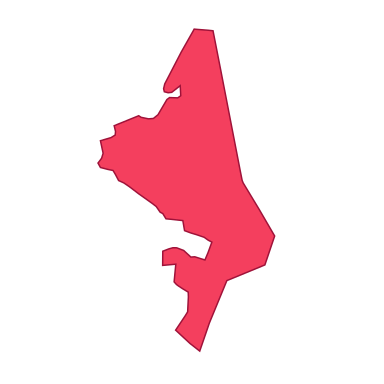 Boumdeid, Assaba, Mauritania, rotated 339°
{"feature_id": "47542326B4408163770822", "entity_name": "Boumdeid", "entity_type": "district", "adm_level": 2, "iso_a3": "MRT", "parent_name": "Mauritania", "parent_adm1": "Assaba", "projection": "robinson", "projection_center": [-11.369, 17.747], "detail": "fine", "context": "isolated", "style": "filled", "palette": "rose", "viewbox_px": 384, "rotation_deg": 339, "n_neighbors": 0, "source": "geoboundaries", "source_scale": "gbopen_adm2", "svg_char_len": 1161}
<svg xmlns="http://www.w3.org/2000/svg" viewBox="0 0 384 384"><g transform="rotate(339 192 192)"><path d="M265.3,46.9L254.4,41.7L252.4,40.7L250.8,42.1L232.1,57.5L205.3,81.3L202.5,85.4L202.1,88.5L205.3,90.8L208.8,91.7L219.1,88.5L216.0,98.1L212.4,99.0L204.9,95.8L201.7,96.7L187.9,107.7L182.3,109.5L177.6,108.1L171.2,104.0L169.6,101.7L143.1,102.2L142.3,108.1L140.7,111.3L135.9,112.2L124.9,111.3L122.9,124.0L119.7,128.1L114.6,131.3L115.3,136.3L121.6,140.8L126.0,143.6L126.8,148.2L127.6,155.0L131.6,159.1L135.3,164.4L141.6,174.6L150.5,188.0L153.4,192.7L155.0,199.4L157.0,201.7L158.1,207.7L162.5,209.9L173.2,215.4L171.2,225.4L176.2,229.8L181.1,233.6L187.1,238.6L189.8,242.7L192.6,245.9L185.1,254.5L179.7,260.1L171.4,253.5L167.6,252.3L163.3,243.6L157.7,238.6L154.2,237.2L150.2,236.8L143.5,236.8L138.3,250.0L151.0,253.6L143.1,269.5L144.3,272.7L145.1,274.0L146.1,275.5L149.0,279.5L152.6,284.1L151.0,288.7L145.0,302.3L141.5,305.0L127.2,315.1L135.9,332.8L142.2,343.3L153.1,330.3L161.3,320.5L192.8,287.2L233.9,286.2L253.4,262.7L248.4,231.9L243.0,201.8L243.0,199.0L244.7,189.1L262.4,89.1L269.4,49.0L265.3,46.9Z" fill="#f43f5e" stroke="#9f1239" stroke-width="1.5"/></g></svg>